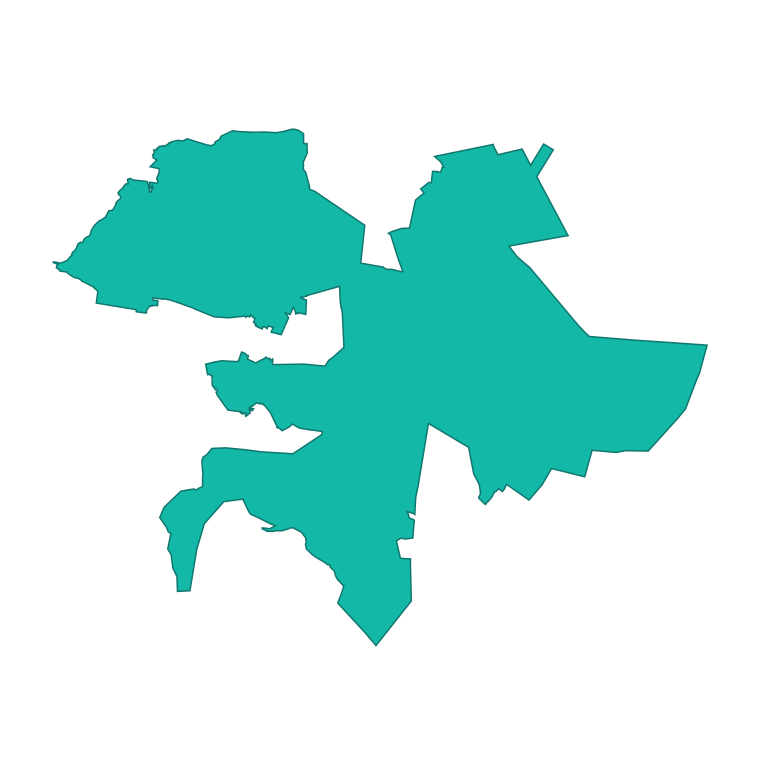 Hueypoxtla, México, Mexico (orthographic projection), rotated 267°
{"feature_id": "50627088B31781753159925", "entity_name": "Hueypoxtla", "entity_type": "district", "adm_level": 2, "iso_a3": "MEX", "parent_name": "Mexico", "parent_adm1": "México", "projection": "orthographic", "projection_center": [-99.037, 19.951], "detail": "fine", "context": "isolated", "style": "filled", "palette": "teal", "viewbox_px": 768, "rotation_deg": 267, "n_neighbors": 0, "source": "geoboundaries", "source_scale": "gbopen_adm2", "svg_char_len": 6122}
<svg xmlns="http://www.w3.org/2000/svg" viewBox="0 0 768 768"><g transform="rotate(267 384 384)"><path d="M617.5,505.7L608.6,446.4L603.0,452.2L597.4,455.0L597.3,453.4L595.2,452.8L592.5,451.3L592.8,448.5L593.4,448.6L593.8,443.7L585.4,442.2L584.8,442.4L582.6,441.8L583.0,439.4L576.9,430.9L572.6,433.9L566.0,425.1L538.3,417.6L538.5,409.7L535.8,399.9L534.3,396.3L532.6,398.5L508.6,404.6L495.2,408.7L495.6,406.0L498.2,397.5L498.2,393.8L499.3,390.9L500.8,389.3L505.9,367.1L543.5,373.1L580.2,324.7L582.3,319.8L584.8,320.0L599.4,316.9L602.1,315.0L604.4,314.6L606.0,315.1L609.7,315.0L618.7,319.4L628.2,319.7L627.9,317.6L629.0,316.3L638.1,316.8L641.7,312.1L642.9,308.7L643.3,305.7L641.3,296.1L640.6,289.4L641.9,277.9L642.3,266.2L643.7,252.0L644.8,246.2L640.0,234.2L637.7,233.1L636.7,232.1L634.5,228.0L633.0,228.0L631.4,225.0L630.9,223.0L631.7,222.1L631.6,220.8L639.2,200.1L637.2,196.0L638.1,191.3L637.0,184.2L635.8,183.5L636.0,182.0L635.8,181.5L635.2,181.5L634.5,180.7L634.6,179.7L633.3,178.7L632.9,177.2L633.5,176.8L632.9,176.4L633.5,174.6L633.1,174.2L633.0,172.0L632.1,171.1L631.6,171.1L631.3,170.6L631.5,170.0L630.6,169.9L630.4,168.9L629.6,168.8L629.7,166.2L627.7,166.8L625.3,165.8L625.0,164.9L623.5,165.3L622.0,165.3L619.6,168.8L613.2,161.9L610.7,171.0L608.2,170.5L607.1,170.6L602.6,168.4L600.3,167.8L598.8,168.8L596.9,168.5L596.5,167.5L597.8,160.5L592.2,160.6L591.1,162.1L593.8,163.0L591.1,163.6L590.6,162.9L590.5,162.2L589.4,161.7L588.1,161.6L588.3,161.3L587.9,160.1L596.8,158.8L598.7,157.8L600.8,144.4L602.6,141.0L601.8,138.6L597.2,139.0L597.4,137.2L597.0,136.1L593.4,133.3L591.0,130.3L588.9,128.4L586.9,128.9L586.4,129.8L585.1,130.8L583.1,130.6L579.7,126.3L575.8,124.8L572.4,122.4L571.7,121.5L571.4,118.3L565.5,114.8L563.6,112.1L561.6,107.8L557.4,103.0L552.6,99.7L548.5,98.4L547.0,97.0L546.1,94.5L544.9,92.6L542.8,91.2L541.5,90.8L541.1,89.2L541.5,88.3L540.0,85.7L536.6,84.3L533.5,82.4L532.0,80.0L530.1,79.0L529.2,79.2L528.6,78.8L528.5,78.3L524.0,74.0L521.8,68.3L521.9,65.7L522.9,62.7L523.1,59.3L520.5,64.3L520.2,64.5L519.0,63.3L517.2,62.9L515.1,66.0L514.4,65.8L513.8,66.2L512.3,73.4L511.1,74.1L507.9,78.2L505.9,81.8L506.0,83.1L504.0,86.6L502.7,87.4L496.6,98.2L491.5,103.1L479.9,100.9L471.2,140.4L469.1,140.4L467.3,149.9L467.5,150.6L470.3,150.8L474.2,154.4L473.9,156.4L474.6,156.6L474.1,161.9L479.1,162.5L479.9,157.4L482.1,157.7L480.3,167.9L480.8,168.0L479.0,175.1L474.2,187.0L469.4,198.3L468.8,199.0L460.0,217.8L458.2,232.4L459.0,246.5L459.5,247.4L457.8,249.9L459.4,251.1L458.0,253.3L459.9,254.4L459.5,254.5L458.1,256.6L457.7,256.4L456.2,258.6L452.4,256.9L450.7,259.3L449.6,258.5L449.1,259.6L448.7,259.2L447.9,260.3L445.3,265.2L447.6,266.2L447.0,268.4L445.4,270.2L448.1,271.5L446.2,276.2L441.7,274.0L438.6,283.9L455.2,292.2L460.3,289.2L460.5,289.4L460.1,289.6L458.3,293.8L465.3,297.4L462.1,299.0L458.6,299.6L458.9,300.1L458.8,301.4L459.9,301.4L457.6,309.5L471.9,310.9L474.4,305.4L475.0,305.5L475.7,311.3L476.3,311.3L483.9,344.8L468.5,344.6L461.8,345.3L459.8,345.9L458.1,346.1L422.7,345.9L413.9,335.2L410.5,330.0L404.9,326.0L408.1,304.8L409.1,275.4L409.4,273.8L411.7,273.6L412.5,274.2L414.8,274.1L414.0,273.0L414.1,271.3L415.5,271.3L415.5,269.6L417.0,267.3L416.2,266.8L412.6,258.7L411.6,257.3L416.0,249.0L419.4,250.0L420.5,247.7L421.7,247.2L423.3,243.4L414.5,239.9L414.1,237.8L415.7,223.3L415.0,217.1L413.1,206.9L402.5,208.4L402.7,210.3L401.1,212.1L401.0,212.8L393.7,212.4L391.0,212.6L390.6,213.3L389.3,213.9L389.3,214.7L387.1,215.1L387.5,216.2L386.9,217.2L385.5,217.4L384.6,215.8L383.1,216.7L381.9,216.7L366.2,226.7L363.7,239.6L362.9,239.2L362.7,240.7L362.0,240.2L361.5,240.8L362.6,241.3L361.5,243.0L362.4,243.5L361.8,244.8L359.8,244.4L359.5,244.0L358.9,244.3L362.2,248.9L363.2,248.4L364.4,248.6L365.4,248.0L366.1,248.3L364.7,249.2L365.0,249.8L364.6,250.0L364.3,251.3L366.1,252.5L366.7,251.0L366.5,249.5L366.9,248.4L367.5,248.4L367.2,249.6L368.7,249.8L369.1,250.5L368.9,251.7L371.5,255.2L371.9,256.5L371.0,257.7L371.4,258.9L370.6,259.1L370.8,261.3L370.2,261.5L370.4,262.0L368.1,264.2L361.3,269.1L347.1,274.9L346.4,274.6L344.5,278.3L344.2,278.3L342.6,280.0L343.5,281.0L343.8,282.5L346.6,287.9L348.8,290.3L344.3,297.4L342.3,307.1L341.8,307.5L341.9,309.2L339.8,319.8L336.9,319.4L319.1,289.4L322.7,257.8L325.6,242.1L328.5,222.8L328.7,208.7L322.6,203.3L320.7,199.7L317.1,198.1L302.0,198.4L301.1,198.0L291.1,197.4L289.4,193.1L288.1,191.4L289.1,188.1L287.6,175.5L272.6,158.2L262.5,153.0L252.0,159.4L247.6,160.9L245.8,163.3L230.4,159.4L224.8,162.5L211.3,163.5L202.4,167.2L187.7,166.9L187.7,179.4L228.5,188.3L254.0,197.3L274.9,217.9L276.4,237.0L263.5,242.3L260.9,244.1L256.3,252.9L250.3,263.1L248.2,268.3L245.5,262.4L246.7,254.8L246.2,254.7L245.5,255.1L243.9,258.4L243.1,259.0L242.8,260.5L243.1,262.3L242.6,265.1L243.2,270.3L242.8,272.1L242.9,274.7L243.4,277.5L243.8,278.2L243.7,279.1L244.1,279.5L244.3,281.0L244.9,281.7L245.3,285.3L240.2,293.9L234.0,298.0L233.1,297.6L230.5,298.1L228.0,297.2L223.3,297.9L217.2,303.6L214.7,306.7L208.1,316.6L207.0,317.4L206.5,318.3L206.7,319.9L203.9,320.9L201.7,322.6L200.3,324.4L199.0,324.6L198.8,325.1L196.6,325.1L195.4,325.8L194.9,325.6L193.2,326.3L191.2,327.5L189.3,328.9L189.0,329.6L187.1,330.7L186.3,331.7L184.8,332.7L184.6,333.4L176.4,330.3L167.7,326.3L137.0,351.8L123.2,362.3L165.9,399.9L204.7,401.0L207.9,401.4L208.9,392.8L209.4,391.2L226.6,388.2L229.2,392.6L228.1,396.9L228.7,404.7L246.3,407.1L247.3,406.0L247.8,404.1L249.3,402.1L253.5,401.3L254.7,400.5L255.5,400.4L252.8,407.3L252.1,407.9L268.9,409.7L280.7,412.8L342.3,426.3L316.3,465.2L289.5,468.9L278.9,473.8L272.5,474.5L269.0,474.5L266.1,472.7L265.4,472.7L264.7,472.9L258.4,478.8L259.4,479.9L261.5,481.4L261.4,482.0L265.4,485.8L269.8,488.3L271.1,490.4L273.4,493.0L270.4,496.5L273.0,498.9L275.1,499.8L277.3,501.3L260.5,522.7L274.9,536.5L290.8,546.9L280.8,579.6L306.9,588.3L303.5,612.3L304.8,621.7L303.2,644.3L333.6,674.8L343.3,683.8L371.7,696.3L377.8,699.4L405.9,708.7L415.1,633.2L420.7,591.6L423.7,588.5L432.5,581.0L492.6,535.7L504.2,523.5L515.2,516.1L522.6,575.6L583.0,547.4L609.0,565.3L615.3,556.0L594.8,541.9L611.4,534.2L606.8,508.8L607.2,509.7L616.2,505.7L617.5,505.7Z" fill="#14b8a6" stroke="#0f766e" stroke-width="1.5"/></g></svg>